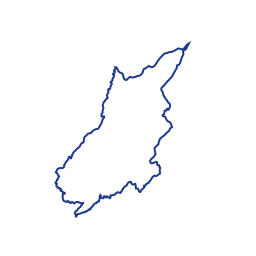 outline of Bucaramanga, Santander, Colombia, rotated 24°
{"feature_id": "7082276B15400349523065", "entity_name": "Bucaramanga", "entity_type": "district", "adm_level": 2, "iso_a3": "COL", "parent_name": "Colombia", "parent_adm1": "Santander", "projection": "equal_earth", "projection_center": [-73.115, 7.167], "detail": "fine", "context": "isolated", "style": "outline", "palette": "blue", "viewbox_px": 256, "rotation_deg": 24, "n_neighbors": 0, "source": "geoboundaries", "source_scale": "gbopen_adm2", "svg_char_len": 5828}
<svg xmlns="http://www.w3.org/2000/svg" viewBox="0 0 256 256"><g transform="rotate(24 128 128)"><path d="M157.4,94.7L157.7,93.8L157.7,91.4L157.2,90.3L156.4,89.0L153.8,88.1L152.7,87.0L151.1,86.4L150.1,85.8L149.6,85.2L148.8,84.9L148.1,84.4L146.6,83.1L145.9,82.0L144.7,80.8L143.0,79.8L142.6,79.0L142.4,78.1L142.4,77.1L143.3,75.4L143.8,74.1L145.0,69.3L146.1,67.0L146.2,65.6L147.1,64.0L148.0,54.5L148.2,53.8L147.9,52.4L147.4,51.7L147.3,51.1L147.5,50.6L148.7,49.8L148.9,49.4L149.1,47.5L148.8,43.6L148.4,42.3L148.6,40.0L148.6,38.0L148.1,37.1L147.2,36.0L147.1,35.5L147.2,34.9L148.5,32.9L149.0,31.7L149.2,26.0L148.3,27.4L147.5,29.5L147.3,30.8L146.9,32.1L146.5,33.2L145.9,33.9L145.3,34.2L142.5,34.6L141.3,35.1L139.8,37.4L137.5,40.2L137.1,40.6L135.8,41.2L134.2,42.5L133.1,43.8L131.7,44.6L131.2,45.2L130.8,45.8L130.0,47.6L128.6,51.9L128.2,53.6L127.4,58.6L126.8,60.8L125.9,62.0L124.8,62.9L124.4,63.0L122.6,62.8L121.9,62.8L120.6,64.8L119.8,66.5L118.9,67.1L118.5,67.8L118.4,68.7L118.8,71.0L118.7,72.4L118.2,73.8L117.4,75.3L116.5,76.1L114.6,77.4L114.2,78.1L113.5,78.5L112.4,79.7L110.7,80.3L109.4,80.3L108.9,80.6L107.7,83.2L107.3,84.3L106.9,84.9L106.1,85.1L104.4,84.7L102.8,82.9L102.2,82.0L100.8,80.5L98.4,80.6L96.7,80.2L95.6,79.6L94.2,78.2L92.8,77.4L92.5,77.4L91.5,77.8L92.4,79.0L92.3,80.1L92.0,80.7L91.8,80.8L91.9,81.4L92.2,81.7L93.0,81.7L93.2,82.1L93.3,82.5L93.1,83.3L92.3,84.5L92.3,85.0L92.6,85.2L93.2,84.9L93.7,85.0L93.9,85.2L94.1,86.1L94.2,86.7L94.0,87.7L93.9,89.1L93.9,89.8L94.3,90.5L94.3,91.2L94.3,91.7L93.5,93.0L93.5,93.5L95.1,94.0L95.3,94.3L95.1,96.8L95.6,98.9L95.5,99.8L95.3,100.0L94.6,100.1L94.5,100.3L94.3,101.2L94.4,101.7L95.3,102.4L95.5,102.8L95.4,105.9L95.6,106.9L95.9,107.4L97.0,108.5L97.2,108.9L96.2,110.6L95.9,112.9L95.3,114.4L95.3,114.8L95.6,115.9L95.6,117.3L96.1,118.4L97.1,119.3L97.5,120.0L97.7,122.7L98.3,123.7L98.5,124.5L98.2,126.2L98.8,127.7L99.2,128.2L99.7,128.2L101.0,127.2L101.6,127.2L101.7,127.4L101.9,128.3L101.6,128.8L101.5,130.1L101.3,130.7L101.7,132.3L101.8,134.6L101.5,136.7L101.4,139.4L100.8,141.0L99.0,142.3L97.5,144.1L96.8,145.4L96.4,147.2L95.8,147.9L94.2,149.1L93.7,149.7L92.1,153.9L92.0,154.8L92.2,156.2L93.0,158.0L93.1,159.2L92.8,159.8L92.3,160.0L92.0,160.5L91.5,162.3L91.4,164.6L91.2,165.4L90.4,166.6L89.1,170.1L88.5,171.2L88.1,172.9L87.9,175.4L88.3,177.5L88.3,178.8L88.2,179.0L87.9,179.0L86.7,178.0L86.3,177.9L85.9,178.6L85.9,179.4L86.1,181.0L85.7,182.4L85.4,183.9L85.0,185.1L85.0,186.8L84.7,187.7L85.2,188.7L85.3,189.7L85.1,190.5L84.2,191.4L81.9,192.4L80.6,193.7L80.3,194.2L80.2,194.9L80.2,197.9L80.5,197.8L81.2,198.0L82.3,198.7L83.5,199.7L84.8,200.1L84.5,201.3L84.7,202.8L84.5,203.7L84.2,204.0L84.3,204.3L84.5,206.2L84.1,206.7L84.1,207.2L84.0,207.5L85.4,208.2L85.8,208.2L85.6,208.9L86.1,210.1L87.8,210.7L88.2,210.5L88.4,209.8L88.4,210.6L88.3,211.1L90.1,210.8L90.1,211.4L91.1,211.5L91.1,211.2L92.1,211.3L92.0,212.7L95.8,213.0L96.9,213.3L96.9,213.7L96.2,214.4L95.6,214.1L95.2,214.2L95.3,215.1L96.8,218.5L98.1,220.0L98.4,220.2L98.5,220.5L99.8,220.8L100.6,220.8L101.5,220.2L102.1,220.4L102.3,220.2L102.4,219.6L102.8,219.5L103.1,219.6L103.3,219.1L103.8,219.1L105.3,219.9L105.9,219.9L106.6,219.3L106.9,218.3L109.6,218.7L110.0,217.6L112.0,216.0L113.1,216.0L114.3,215.8L115.7,216.0L116.3,215.7L117.4,214.8L117.5,215.2L117.2,216.2L117.2,216.9L116.7,218.5L116.6,219.3L115.4,221.9L115.0,224.2L114.1,225.5L113.9,226.2L113.9,226.9L114.0,227.4L115.6,228.6L116.1,229.7L116.5,230.0L116.9,228.8L116.8,228.0L117.1,226.9L117.7,226.6L118.9,225.9L121.0,223.6L121.7,223.4L122.3,222.8L122.5,222.4L123.0,222.2L123.1,221.6L124.1,220.8L124.3,220.8L124.7,220.1L124.8,219.6L125.1,219.1L125.7,218.6L125.7,218.1L126.2,218.1L126.7,217.7L126.3,217.1L126.6,216.4L126.5,216.1L127.4,214.5L127.4,213.7L127.7,213.2L127.8,212.1L127.9,211.7L128.6,210.4L129.1,209.7L129.7,209.5L130.3,207.6L130.6,207.6L130.8,207.4L130.9,207.0L131.4,206.7L130.9,205.3L130.8,204.0L129.8,201.3L130.2,201.0L130.2,200.5L130.7,200.8L131.4,203.0L133.7,201.7L133.7,201.2L134.0,201.8L134.2,201.4L133.9,200.1L134.3,199.9L135.1,200.2L136.2,199.3L136.3,200.0L136.5,199.8L136.6,199.5L137.7,199.6L139.4,198.7L139.6,199.0L139.7,198.7L140.1,198.8L140.0,197.1L139.7,197.1L139.5,196.7L140.2,196.5L141.0,195.6L142.4,195.0L143.0,194.2L143.5,192.7L144.5,191.0L147.5,190.4L147.5,189.4L147.9,188.8L147.8,188.0L148.2,186.4L148.2,185.8L148.0,185.4L148.4,184.6L148.7,183.1L150.0,181.2L150.3,178.2L151.3,176.6L151.7,176.3L152.3,176.3L153.1,176.8L153.2,176.6L153.5,177.1L154.6,177.7L155.7,177.6L157.4,176.1L158.2,177.1L159.0,178.7L159.9,180.0L160.6,179.7L161.5,179.5L162.1,179.6L162.6,180.0L163.7,181.4L164.7,181.7L165.2,181.4L165.4,179.8L165.7,178.5L166.9,176.0L166.8,175.2L166.8,174.9L166.6,174.9L166.6,174.4L166.2,174.1L166.5,173.9L166.6,174.3L166.8,174.4L167.1,174.3L167.1,173.7L167.6,171.7L169.1,169.8L169.3,168.4L169.5,168.0L169.7,167.1L170.4,162.6L170.9,161.6L171.6,160.8L172.8,160.6L173.3,160.3L173.7,160.0L175.8,156.3L174.9,155.1L174.2,153.8L174.0,153.0L173.9,152.1L173.7,151.4L173.4,151.2L172.9,151.2L172.6,150.5L171.5,149.4L171.2,149.4L170.5,150.0L169.5,149.5L169.2,149.0L169.0,148.2L168.4,147.5L168.1,147.4L167.5,147.5L166.7,148.2L165.7,149.4L163.8,150.7L163.3,150.8L162.2,150.0L161.5,149.1L161.7,147.4L162.0,146.5L162.5,145.6L163.3,143.7L163.5,141.8L163.9,140.9L162.3,138.7L160.4,135.5L160.7,134.4L161.3,133.4L161.7,131.7L162.1,131.2L162.3,130.5L162.3,129.7L161.8,128.5L161.7,127.8L161.7,124.9L161.9,124.0L164.1,120.0L165.6,115.9L166.7,113.9L166.6,112.8L166.6,111.5L167.3,110.1L167.9,109.4L167.6,108.9L166.5,107.7L164.3,105.8L163.8,105.6L161.7,105.7L161.1,105.5L159.6,104.7L158.2,103.2L157.5,102.7L156.3,102.6L155.5,102.9L155.1,102.9L154.4,102.3L154.5,101.8L155.0,101.6L155.1,100.9L155.0,99.1L154.7,98.2L154.5,97.7L154.5,97.2L154.8,96.9L155.7,96.7L156.1,96.1L156.1,95.7L155.8,95.2L155.9,94.6L156.7,94.4L157.4,94.7Z" fill="none" stroke="#1e3a8a" stroke-width="2"/></g></svg>